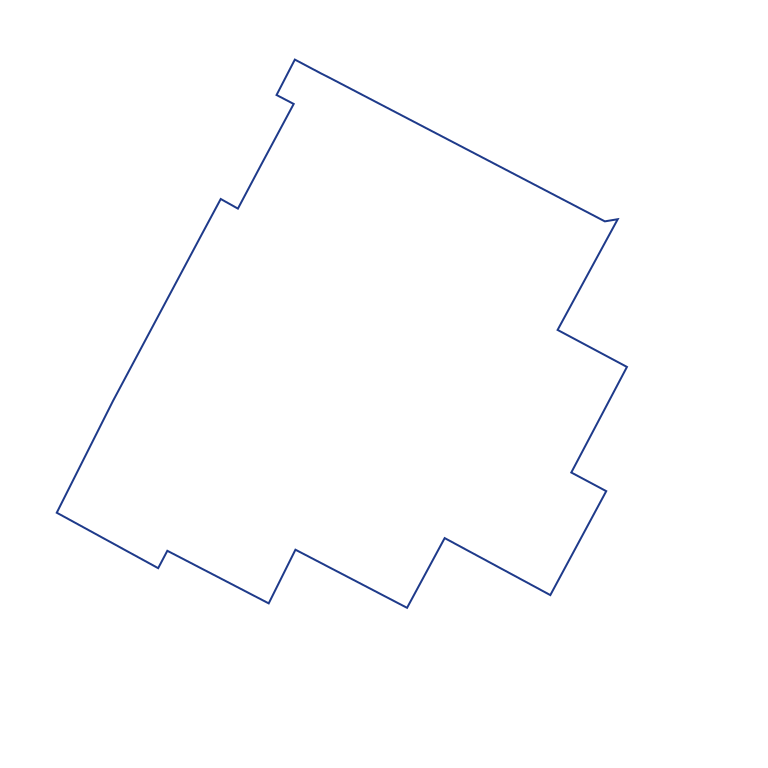 outline of Fairfield, Ohio, United States of America, rotated 24°
{"feature_id": "52423323B60724250997999", "entity_name": "Fairfield", "entity_type": "district", "adm_level": 2, "iso_a3": "USA", "parent_name": "United States of America", "parent_adm1": "Ohio", "projection": "mercator", "projection_center": [-82.654, 39.748], "detail": "fine", "context": "isolated", "style": "outline", "palette": "blue", "viewbox_px": 768, "rotation_deg": 24, "n_neighbors": 0, "source": "geoboundaries", "source_scale": "gbopen_adm2", "svg_char_len": 465}
<svg xmlns="http://www.w3.org/2000/svg" viewBox="0 0 768 768"><g transform="rotate(24 384 384)"><path d="M156.7,320.9L143.3,509.7L137.4,634.7L252.6,644.1L253.9,624.5L367.9,631.3L370.5,571.4L496.1,579.1L502.1,500.1L621.8,509.2L630.6,391.5L591.1,388.7L599.0,269.6L520.6,264.0L530.5,138.4L519.6,145.6L209.9,126.4L199.9,125.9L170.6,123.9L168.3,163.7L187.6,164.9L182.6,233.7L179.2,283.2L159.6,281.4L156.7,320.9Z" fill="none" stroke="#1e3a8a" stroke-width="2"/></g></svg>